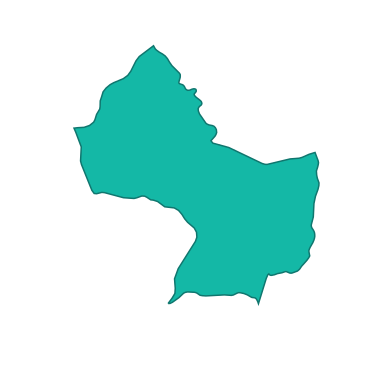 the Department of Canindeyú, rotated 216°
{"feature_id": "PRY-619", "entity_name": "Canindeyú", "entity_type": "Department", "adm_level": 1, "iso_a3": "PRY", "parent_name": "Paraguay", "parent_adm1": "", "projection": "natural_earth1", "projection_center": [-55.27, -24.157], "detail": "fine", "context": "isolated", "style": "filled", "palette": "teal", "viewbox_px": 384, "rotation_deg": 216, "n_neighbors": 0, "source": "natural_earth", "source_scale": "10m", "svg_char_len": 2666}
<svg xmlns="http://www.w3.org/2000/svg" viewBox="0 0 384 384"><g transform="rotate(216 192 192)"><path d="M145.7,87.7L145.8,88.3L145.7,94.3L146.2,99.9L148.9,104.2L155.1,111.5L158.1,121.9L160.2,154.0L161.5,158.3L164.7,162.1L169.0,164.2L177.7,164.9L182.1,166.0L187.1,168.0L192.1,169.2L197.0,168.7L201.8,166.0L205.4,164.0L214.2,164.1L218.5,162.7L220.8,161.4L225.5,161.2L227.9,160.8L230.3,159.2L233.3,154.8L235.1,152.7L244.1,147.1L262.3,140.1L264.7,138.7L268.2,134.5L270.3,133.3L274.0,134.5L297.6,149.3L300.4,151.6L308.1,163.4L321.1,172.0L325.0,174.3L322.2,176.9L317.3,180.9L314.0,185.6L312.6,190.7L313.0,193.4L314.8,198.7L315.4,204.9L316.5,207.0L319.8,211.8L321.0,215.6L322.8,220.8L322.6,225.6L321.3,230.8L319.6,234.4L314.2,243.3L312.5,248.6L312.5,253.7L314.4,265.2L314.3,270.6L309.1,287.7L305.9,286.2L304.0,285.9L300.4,285.9L297.1,286.3L293.7,286.3L290.4,285.5L286.5,283.8L282.5,282.4L271.9,280.7L270.6,280.1L269.6,278.9L268.8,277.5L267.3,273.3L266.8,272.6L266.1,272.3L264.9,272.5L262.9,273.2L262.0,273.3L260.8,273.1L259.8,272.7L258.2,271.8L257.0,271.5L255.3,271.7L254.3,272.5L253.6,273.2L252.7,274.8L252.1,275.6L251.4,276.4L250.7,276.9L250.0,277.2L249.1,277.3L248.4,276.8L247.7,275.7L247.7,274.2L247.8,273.2L247.8,272.5L247.3,271.9L246.1,271.4L244.2,271.1L239.1,270.9L237.9,270.7L236.9,270.2L235.9,269.2L235.7,268.3L235.7,267.5L236.0,266.6L236.2,265.6L236.3,264.5L236.0,263.0L234.4,261.2L231.7,259.5L221.1,255.8L219.9,255.8L217.8,256.2L214.6,257.7L212.9,258.1L211.0,257.8L209.0,256.8L207.0,254.6L206.4,252.6L206.2,250.8L206.8,244.6L203.8,243.8L188.4,249.6L152.0,256.3L149.2,257.3L147.4,258.5L132.1,276.4L125.2,282.3L123.3,284.7L119.4,291.4L115.7,296.3L108.3,291.4L106.9,290.1L106.0,288.4L105.0,286.0L103.7,282.1L101.1,279.0L98.7,276.8L94.6,274.0L93.1,271.7L91.6,268.1L89.6,261.1L86.6,254.4L79.2,243.1L76.3,235.8L75.7,234.8L74.8,234.0L73.8,233.4L71.2,232.4L69.9,231.7L68.8,230.9L67.6,229.6L66.6,228.3L65.8,226.7L65.1,224.7L64.5,222.1L63.9,216.7L63.5,214.8L63.0,213.3L62.2,212.3L59.2,209.5L58.9,207.4L58.9,204.2L59.7,196.4L59.6,192.7L60.2,190.1L60.7,189.3L63.4,185.3L63.9,184.8L64.6,184.3L65.3,183.9L68.7,183.1L69.4,182.7L69.9,182.2L71.7,179.6L74.9,176.2L76.6,173.6L78.7,171.3L79.3,170.9L79.9,170.7L80.5,170.6L80.9,170.7L81.7,170.9L82.0,169.7L81.2,165.9L72.6,140.7L74.3,141.9L76.4,143.0L77.2,143.3L78.1,143.4L78.9,143.3L79.6,143.0L80.8,142.3L81.9,141.8L86.8,141.3L90.3,140.4L93.9,138.8L95.2,137.9L96.0,136.8L98.0,133.0L99.4,131.5L105.3,127.8L119.7,116.1L122.7,114.2L124.8,113.2L128.7,113.1L129.9,112.8L131.1,112.3L136.8,108.6L138.4,106.9L139.3,105.2L140.5,98.8L143.0,91.3L144.3,88.9L145.7,87.8L145.7,87.7Z" fill="#14b8a6" stroke="#0f766e" stroke-width="1.5"/></g></svg>